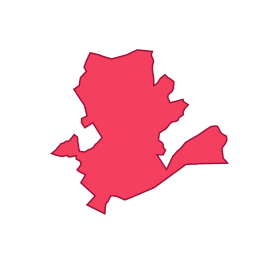 Nossa Senhora de Nazaré, Piauí, Brazil, rotated 237°
{"feature_id": "56859067B20715695803450", "entity_name": "Nossa Senhora de Nazaré", "entity_type": "district", "adm_level": 2, "iso_a3": "BRA", "parent_name": "Brazil", "parent_adm1": "Piauí", "projection": "natural_earth1", "projection_center": [-42.193, -4.64], "detail": "fine", "context": "isolated", "style": "filled", "palette": "rose", "viewbox_px": 256, "rotation_deg": 237, "n_neighbors": 0, "source": "geoboundaries", "source_scale": "gbopen_adm2", "svg_char_len": 2061}
<svg xmlns="http://www.w3.org/2000/svg" viewBox="0 0 256 256"><g transform="rotate(237 128 128)"><path d="M85.8,51.7L68.7,61.9L70.4,63.1L73.6,65.5L76.6,68.3L77.4,71.3L78.7,73.5L80.4,76.3L79.0,78.9L77.1,81.0L75.0,82.6L71.8,84.7L69.5,86.1L68.6,89.9L67.9,93.7L63.8,117.6L65.9,156.6L63.3,161.4L60.7,165.4L59.4,168.1L44.3,192.3L47.2,192.1L49.3,191.5L51.3,191.5L53.3,192.6L57.3,194.4L60.0,196.0L62.3,201.8L63.9,204.2L65.5,205.2L67.7,206.0L72.0,203.6L75.1,203.4L78.4,203.8L80.9,203.9L82.2,202.2L84.0,198.3L84.1,193.9L83.8,183.5L84.6,168.6L82.0,160.3L81.8,157.3L79.8,150.1L77.5,146.4L74.0,140.8L72.3,137.7L89.8,137.7L86.4,142.8L88.9,147.4L92.0,147.0L95.0,148.5L96.9,148.6L99.0,147.9L101.1,146.9L106.7,151.4L106.9,156.1L106.6,158.4L107.1,161.1L108.7,165.2L109.1,168.3L107.5,171.7L107.3,174.3L109.0,176.4L108.9,178.7L109.1,181.7L111.2,182.8L112.6,184.8L113.6,186.7L114.1,189.2L114.7,191.2L119.7,189.0L122.1,189.7L123.8,184.2L126.3,177.0L131.8,177.9L134.0,179.7L134.4,182.2L134.6,184.3L135.4,186.1L136.6,187.7L139.7,190.1L142.1,191.7L144.4,190.7L146.5,190.2L147.9,189.0L150.3,188.5L152.6,188.0L152.0,182.2L150.8,179.7L149.4,176.3L149.6,172.6L152.8,174.9L154.7,176.0L157.3,177.4L161.0,178.9L164.0,180.5L166.6,182.3L168.2,183.8L169.9,185.7L173.4,186.7L175.5,186.7L177.7,188.4L178.9,190.2L188.4,178.4L189.0,174.4L190.1,166.5L194.8,151.9L199.5,147.8L201.7,146.0L204.9,143.7L211.7,137.3L206.7,129.3L203.0,124.3L198.2,124.0L196.1,115.6L192.7,112.4L190.1,110.2L190.0,103.7L177.4,103.7L170.6,103.8L160.5,100.2L161.1,94.1L157.7,91.9L151.7,91.9L151.6,101.3L134.1,101.0L133.3,98.1L132.2,94.5L132.0,91.5L130.7,88.6L130.6,85.7L131.3,82.7L131.4,78.6L134.8,74.7L137.7,75.5L140.6,77.1L144.3,78.5L146.5,80.0L148.3,80.5L151.8,79.2L150.7,76.4L149.6,73.0L149.4,70.6L150.6,68.9L150.4,66.2L151.3,63.3L148.8,55.1L148.3,50.0L144.9,52.5L142.3,54.9L139.9,57.5L138.4,61.8L136.1,62.5L134.4,65.6L133.1,69.3L129.9,67.7L127.1,69.4L125.2,69.7L123.1,68.9L121.4,64.9L120.6,62.5L118.7,63.1L115.7,64.6L111.9,67.0L107.8,58.6L88.9,63.5L85.8,51.7Z" fill="#f43f5e" stroke="#9f1239" stroke-width="1.5"/></g></svg>